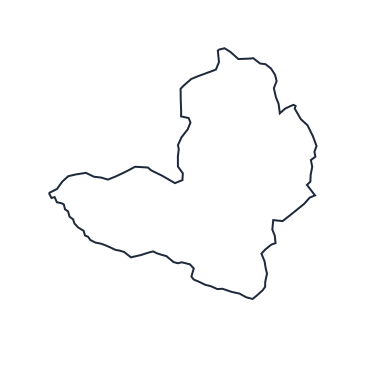 the district of Dora, Limassol, Cyprus, rotated 68°
{"feature_id": "46923920B60204225307219", "entity_name": "Dora", "entity_type": "district", "adm_level": 2, "iso_a3": "CYP", "parent_name": "Cyprus", "parent_adm1": "Limassol", "projection": "mercator", "projection_center": [32.731, 34.777], "detail": "fine", "context": "isolated", "style": "outline", "palette": "slate", "viewbox_px": 384, "rotation_deg": 68, "n_neighbors": 0, "source": "geoboundaries", "source_scale": "gbopen_adm2", "svg_char_len": 1820}
<svg xmlns="http://www.w3.org/2000/svg" viewBox="0 0 384 384"><g transform="rotate(68 192 192)"><path d="M90.9,85.1L89.6,89.4L86.1,99.2L76.4,104.0L70.9,108.0L70.1,113.5L70.6,115.1L81.6,118.3L87.4,123.9L87.4,126.9L86.9,141.7L86.9,150.2L90.1,159.5L92.0,163.9L102.8,168.1L112.5,171.6L117.8,173.8L122.2,167.4L127.0,167.4L132.3,172.5L137.4,181.3L143.3,187.5L147.3,188.2L153.6,191.7L163.1,195.5L171.2,193.5L177.4,196.4L177.4,204.5L165.7,213.6L157.6,220.9L156.5,221.8L152.8,223.7L147.3,235.2L147.4,236.4L148.4,246.1L149.0,257.1L149.0,265.3L144.6,270.8L141.1,277.2L134.5,283.2L132.1,293.6L131.0,300.9L133.8,308.4L138.6,316.0L139.3,324.4L140.3,325.0L144.9,324.5L145.3,321.3L150.9,321.1L153.7,317.0L155.6,315.5L160.5,316.2L163.5,314.2L169.0,314.8L172.8,312.5L177.1,312.8L182.1,310.9L185.8,308.2L187.3,307.0L192.2,307.5L194.6,305.1L198.5,304.2L202.7,300.5L205.8,295.8L208.9,292.3L212.8,288.5L217.0,284.6L219.3,281.0L222.2,277.4L229.7,273.1L231.3,263.1L231.9,255.1L232.5,250.3L235.8,247.4L239.4,243.0L241.8,239.8L250.0,235.4L252.7,231.9L253.4,227.7L258.3,221.0L263.6,219.0L270.1,224.2L272.8,223.5L273.8,223.2L278.0,219.0L283.0,214.5L286.4,209.8L291.5,204.9L293.1,200.1L299.8,192.2L303.9,186.1L309.9,181.2L313.9,175.9L312.4,171.1L309.7,163.5L307.9,160.6L307.3,159.7L302.8,157.8L299.7,155.7L295.7,153.0L290.2,152.2L286.1,151.3L283.6,150.7L275.2,150.7L272.9,146.0L270.5,138.2L270.7,133.7L263.5,131.6L256.9,131.6L248.5,127.2L252.9,118.9L250.2,109.4L245.0,92.4L241.3,85.0L241.2,79.2L228.5,82.8L226.8,78.4L220.6,75.6L213.7,71.1L206.9,69.8L205.5,64.4L200.5,63.4L196.0,59.3L185.5,59.0L181.9,59.3L173.4,59.9L165.3,63.8L153.2,65.5L151.0,63.7L149.2,65.3L149.3,70.2L149.6,74.4L151.9,81.1L142.7,78.7L135.6,78.7L126.4,77.2L120.9,72.0L114.3,71.1L107.1,72.5L101.0,76.0L98.4,80.7L90.9,85.1Z" fill="none" stroke="#1e293b" stroke-width="2"/></g></svg>